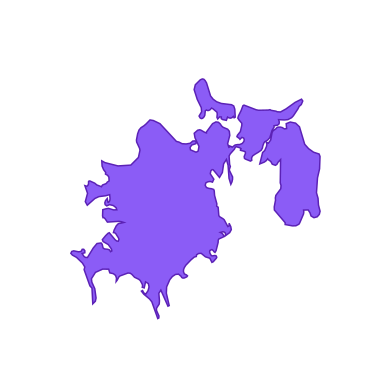 outline of Sjaælland, rotated 241°
{"feature_id": "DNK-3420", "entity_name": "Sjaælland", "entity_type": "Region", "adm_level": 1, "iso_a3": "DNK", "parent_name": "Denmark", "parent_adm1": "", "projection": "orthographic", "projection_center": [11.743, 55.283], "detail": "fine", "context": "isolated", "style": "filled", "palette": "violet", "viewbox_px": 384, "rotation_deg": 241, "n_neighbors": 0, "source": "natural_earth", "source_scale": "10m", "svg_char_len": 6098}
<svg xmlns="http://www.w3.org/2000/svg" viewBox="0 0 384 384"><g transform="rotate(241 192 192)"><path d="M263.0,128.2L259.9,130.1L250.7,139.9L245.2,151.5L248.2,161.9L253.7,166.7L255.6,167.3L262.5,167.8L264.4,168.6L269.3,172.7L271.9,175.7L273.0,178.6L273.2,182.0L273.8,184.9L275.4,190.2L273.2,192.9L267.3,197.1L243.8,202.9L242.0,204.8L239.1,206.7L236.9,210.1L235.5,214.1L236.2,217.4L235.4,219.1L234.4,219.9L233.4,219.7L232.4,218.8L233.2,214.6L231.9,211.9L229.6,211.1L224.9,214.8L224.7,216.8L225.3,217.6L228.5,220.2L238.0,220.9L242.3,222.4L243.3,226.9L242.7,228.9L241.9,229.7L237.8,232.2L236.7,233.3L237.5,233.7L241.8,243.1L241.7,246.9L240.2,248.9L237.9,249.7L235.3,249.9L233.5,250.6L229.7,253.6L227.1,254.1L223.2,252.5L217.0,246.6L213.2,245.9L213.1,246.9L214.0,247.3L212.6,248.5L211.7,248.8L212.2,252.5L211.4,254.8L210.4,256.7L210.1,259.5L211.0,261.8L212.5,263.1L214.2,263.3L215.6,262.1L214.8,259.5L215.7,259.4L218.6,258.1L219.6,259.2L221.4,263.6L226.2,267.9L228.0,268.9L232.3,268.0L234.4,267.9L236.1,269.6L239.4,274.4L242.8,278.4L242.8,279.6L232.8,288.0L231.2,289.9L226.7,298.4L226.2,300.1L225.0,300.9L222.0,304.6L220.8,305.5L219.1,308.2L219.1,314.5L220.4,325.7L220.1,332.8L217.9,333.0L215.5,330.0L214.9,327.2L213.3,324.9L209.5,317.6L208.7,315.1L208.8,311.0L210.2,307.8L213.3,302.8L211.0,302.3L209.4,301.2L209.0,299.2L210.2,295.9L208.9,295.2L207.1,291.9L201.8,286.4L200.9,283.8L200.6,282.3L200.7,280.1L200.0,278.6L198.0,276.3L196.3,274.9L195.0,272.9L194.6,269.0L194.5,265.4L194.2,262.6L193.0,260.7L190.7,259.6L190.7,258.1L195.0,254.6L196.1,254.2L197.7,254.8L199.9,257.5L201.2,258.1L202.4,257.3L205.0,254.6L205.5,254.9L206.2,255.9L207.8,255.0L210.1,252.7L210.1,251.5L208.9,249.9L206.8,243.9L205.5,241.9L197.9,238.3L195.7,237.9L193.6,235.6L192.7,235.2L185.5,234.8L183.4,233.6L181.5,231.9L179.9,229.7L186.0,231.0L197.9,236.5L203.8,237.9L201.3,233.3L194.3,228.0L191.4,223.1L201.2,221.3L201.8,220.5L201.5,218.9L199.1,216.8L192.6,217.3L190.7,214.7L192.4,213.0L193.3,210.6L193.2,208.4L191.4,206.8L188.9,206.8L187.0,208.5L185.4,210.7L183.7,212.2L182.2,212.0L178.1,210.1L169.6,208.0L167.6,206.7L166.0,207.5L158.3,204.0L156.8,204.3L153.7,206.1L152.1,206.7L144.4,206.6L144.4,208.0L146.7,209.3L142.8,209.1L140.0,208.1L138.2,205.3L137.5,199.8L139.1,201.1L140.8,201.1L142.2,199.9L142.9,197.2L141.7,198.0L140.5,198.5L137.9,198.6L137.5,197.5L137.9,192.7L137.2,191.6L135.2,190.4L129.0,184.6L128.0,182.8L129.0,182.3L130.7,182.1L132.0,181.5L132.2,179.4L131.3,178.5L129.7,178.0L126.9,178.1L126.1,179.1L125.6,180.8L124.7,182.1L123.0,182.1L122.3,181.2L120.7,176.8L120.8,175.3L125.4,175.5L128.8,172.3L133.9,170.3L135.0,168.0L134.9,165.6L133.5,164.5L134.0,162.5L133.1,158.1L130.9,151.0L129.5,148.5L128.1,146.9L126.4,145.9L124.1,145.6L122.1,147.0L120.8,147.4L120.3,146.3L120.5,143.6L121.2,142.2L122.2,141.6L123.7,141.5L126.7,140.4L127.9,137.6L127.6,133.9L126.1,130.1L121.3,123.8L115.9,120.5L103.7,117.0L103.8,115.6L121.3,117.2L119.5,113.9L112.6,110.8L109.9,109.0L108.1,105.6L107.3,104.4L105.4,103.5L99.6,103.0L97.9,101.9L97.9,100.7L115.4,103.6L119.0,103.0L126.0,100.3L129.8,99.7L129.8,101.0L127.4,100.9L126.3,101.3L125.2,102.2L127.0,105.7L129.8,108.4L133.1,109.4L135.9,107.8L131.3,103.7L132.8,102.3L133.9,103.3L135.7,103.8L139.7,103.8L141.5,103.1L145.3,100.4L149.1,99.5L150.9,98.6L152.2,96.7L153.5,88.3L153.1,86.7L151.2,83.9L150.5,82.3L153.3,84.2L156.1,84.7L158.7,83.6L161.1,80.9L164.9,81.7L167.9,76.4L168.5,68.6L164.9,62.0L161.7,60.7L154.6,60.1L145.8,56.7L143.3,54.5L142.3,51.0L156.4,57.9L159.4,57.2L176.4,60.0L178.4,61.9L183.0,61.7L190.8,59.3L194.8,56.8L197.1,56.3L198.3,58.0L197.9,60.0L194.7,63.8L193.8,66.1L195.1,68.2L194.4,69.5L192.6,69.8L190.8,68.8L191.5,66.1L187.9,66.3L186.5,67.1L185.4,68.8L190.9,78.5L193.0,83.9L191.5,87.8L189.8,88.1L186.3,87.1L184.7,87.8L182.6,90.7L181.3,91.8L179.3,91.8L179.3,93.3L181.1,93.9L186.6,93.3L191.8,90.2L193.8,90.5L195.7,95.3L196.6,98.5L196.5,99.9L187.5,101.6L185.6,102.4L184.7,103.6L186.1,105.2L187.7,105.4L192.7,105.1L193.8,104.6L194.6,103.6L196.5,105.5L199.2,109.5L200.0,112.1L199.9,113.1L199.3,114.3L198.4,117.6L200.4,115.7L201.8,113.8L206.7,103.4L211.0,103.0L212.4,102.4L212.7,101.7L214.5,102.2L219.8,105.4L219.0,108.7L218.2,111.0L214.3,114.8L212.9,117.6L215.1,118.0L218.3,116.6L220.9,113.8L221.2,110.7L223.0,109.9L224.8,110.5L226.4,112.2L227.4,114.7L223.9,113.5L223.4,114.0L224.2,115.8L225.9,117.1L229.6,118.7L230.6,114.6L233.1,108.3L233.4,103.9L231.2,94.0L235.3,94.0L241.5,100.0L249.5,101.4L248.0,102.8L248.2,103.9L249.1,105.3L251.3,106.6L251.5,107.1L251.2,108.0L246.9,111.2L244.3,112.2L240.5,115.4L241.3,116.6L241.5,117.4L241.0,120.7L241.2,121.7L241.7,122.6L241.9,124.9L245.3,126.5L247.5,126.3L249.6,125.0L251.0,126.0L254.3,125.5L258.2,125.9L263.0,128.2ZM205.9,300.8L204.6,302.2L202.4,303.4L201.6,305.5L206.1,307.5L205.6,311.8L202.0,316.0L196.9,317.6L179.1,313.7L173.4,315.0L167.9,317.6L163.6,321.6L161.0,321.2L150.4,314.8L143.5,308.6L131.0,300.5L125.4,299.2L119.3,296.3L113.1,294.7L110.7,292.5L109.6,289.5L110.4,286.2L113.3,284.5L116.7,285.1L120.0,284.9L122.1,280.8L120.3,280.1L118.7,278.9L112.8,271.3L112.0,269.9L112.1,266.5L113.7,263.4L118.4,257.7L120.0,258.6L136.3,255.3L139.1,256.7L144.4,261.1L146.4,262.0L148.4,263.7L151.8,271.2L154.5,273.0L157.2,273.6L177.4,285.2L176.3,281.7L175.0,279.6L174.9,277.9L177.4,275.7L180.5,275.7L183.3,274.4L184.4,274.3L183.4,272.1L183.1,269.7L183.7,264.9L192.3,272.9L193.0,275.7L195.7,279.2L197.4,280.6L199.3,281.1L197.7,282.5L199.3,286.0L205.1,290.8L206.3,292.6L206.6,295.9L207.1,297.3L207.1,298.5L205.9,300.8ZM270.5,241.5L280.5,243.5L284.2,246.9L286.1,253.6L285.9,255.8L284.9,257.0L283.1,257.5L280.4,257.6L267.0,254.8L262.9,255.5L259.0,257.3L255.2,260.6L249.2,268.9L247.0,270.2L243.7,269.6L236.5,266.1L236.5,264.8L238.1,264.8L237.6,262.8L238.0,261.3L239.1,260.1L240.3,259.4L238.0,256.8L240.5,253.9L242.0,253.1L243.4,254.0L244.3,252.6L243.4,249.9L245.2,250.0L248.0,251.9L249.7,252.5L254.5,250.7L255.9,249.8L255.2,247.8L255.2,246.2L255.7,245.1L256.7,244.4L256.6,243.0L252.9,240.4L251.9,239.0L251.3,237.0L251.7,235.7L252.9,235.0L255.0,235.0L257.5,239.3L261.3,241.0L270.5,241.5Z" fill="#8b5cf6" stroke="#5b21b6" stroke-width="1.5"/></g></svg>